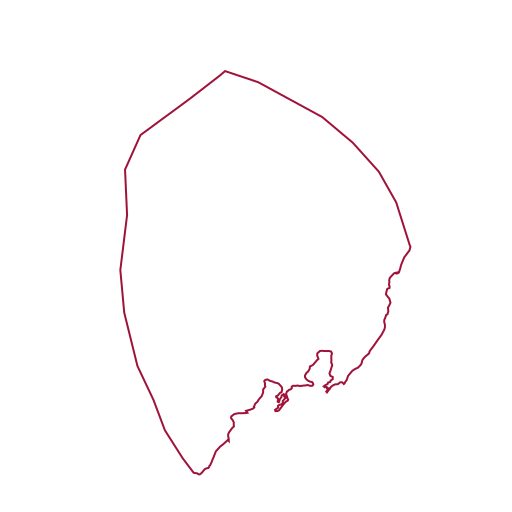 outline of Hurghada 2, Al Bahr al Ahmar, Egypt, rotated 69°
{"feature_id": "37247803B98457599359411", "entity_name": "Hurghada 2", "entity_type": "district", "adm_level": 2, "iso_a3": "EGY", "parent_name": "Egypt", "parent_adm1": "Al Bahr al Ahmar", "projection": "mercator", "projection_center": [33.498, 27.742], "detail": "fine", "context": "isolated", "style": "outline", "palette": "rose", "viewbox_px": 512, "rotation_deg": 69, "n_neighbors": 0, "source": "geoboundaries", "source_scale": "gbopen_adm2", "svg_char_len": 3641}
<svg xmlns="http://www.w3.org/2000/svg" viewBox="0 0 512 512"><g transform="rotate(69 256 256)"><path d="M436.0,391.9L436.9,390.5L437.9,388.7L439.4,387.7L439.7,386.7L439.5,385.7L438.7,383.8L437.6,381.9L436.5,379.9L436.6,377.5L436.7,377.0L436.8,376.6L436.5,375.7L435.2,374.7L434.9,373.7L433.6,372.5L432.7,371.5L429.9,369.0L429.7,368.7L424.0,363.5L421.0,357.6L420.2,354.7L418.0,349.0L417.6,348.2L418.9,347.7L416.4,346.8L415.3,346.8L412.8,346.1L412.2,345.6L411.0,344.4L408.2,340.1L407.2,337.7L406.9,337.7L406.0,337.4L403.1,336.3L400.5,336.7L399.6,337.0L398.4,337.4L396.9,336.6L396.9,336.4L395.8,333.0L396.2,330.1L396.7,328.1L397.5,326.2L399.1,321.4L399.3,320.2L397.0,320.8L397.4,316.4L397.4,313.5L396.8,311.9L395.9,312.0L395.2,311.1L393.7,309.8L392.5,306.8L391.0,304.9L388.8,300.8L386.0,298.3L383.1,297.1L381.3,294.1L380.0,294.0L378.3,293.3L375.7,293.1L375.0,291.7L375.3,289.6L376.3,288.7L377.0,288.2L378.0,287.1L379.3,285.3L380.6,284.2L382.4,281.5L383.3,280.6L386.1,279.5L387.9,278.9L390.2,279.4L392.4,281.1L392.3,282.4L393.1,283.9L394.2,285.8L394.2,287.5L395.3,287.7L395.8,287.2L396.4,286.7L397.4,286.6L399.8,288.0L400.5,287.5L400.5,286.7L398.4,285.3L396.9,282.9L395.4,282.0L394.9,279.6L395.5,279.3L396.5,280.0L397.4,279.9L397.4,279.2L397.7,278.8L399.1,279.0L399.8,280.8L401.0,283.0L402.8,283.6L403.7,285.7L403.3,287.3L403.7,289.1L405.5,289.6L406.5,293.4L407.8,293.4L408.4,291.7L408.4,290.1L407.5,288.5L406.4,286.8L404.0,283.0L402.7,280.4L402.4,278.2L401.6,277.4L400.6,277.6L397.9,277.4L395.6,277.4L393.5,275.6L393.4,274.5L392.8,273.2L392.9,271.3L392.3,270.0L390.9,269.6L390.4,268.2L390.8,266.9L391.5,265.5L391.8,263.6L392.8,262.2L393.7,259.7L393.9,258.3L394.5,256.5L395.0,253.9L396.5,252.2L397.3,250.0L396.6,248.6L395.3,248.4L393.8,248.8L392.7,250.5L390.9,252.2L388.8,253.3L386.6,253.7L385.0,253.0L383.2,250.8L382.5,248.7L380.5,246.3L378.4,245.2L378.3,243.1L378.1,241.9L376.9,239.6L375.1,236.4L374.5,234.6L373.5,234.5L371.3,234.6L371.0,234.6L368.9,233.7L367.6,230.4L368.1,228.5L369.0,226.6L370.0,224.3L370.7,222.2L372.1,220.1L373.9,220.0L374.3,220.0L375.8,221.3L378.1,222.2L380.7,223.1L382.5,224.0L384.5,223.8L385.7,224.2L386.6,225.1L389.7,227.5L391.9,229.5L394.6,229.5L395.6,228.5L396.5,227.7L398.4,228.5L399.1,231.0L400.2,231.9L400.0,234.1L401.1,235.0L401.6,238.3L402.0,239.5L403.1,238.9L402.8,238.2L403.8,236.9L404.9,237.3L405.2,237.2L405.8,237.0L405.3,236.1L405.6,235.5L406.7,236.1L407.3,238.2L407.8,239.0L408.8,238.6L408.0,237.4L407.3,236.4L406.6,234.9L405.1,233.0L404.4,230.7L404.2,228.2L404.4,227.3L404.8,226.3L405.0,225.8L404.8,224.8L404.1,222.9L404.6,221.1L405.4,220.5L407.0,219.9L406.6,218.9L405.8,218.1L404.3,215.8L403.2,214.9L401.0,213.1L399.3,210.1L397.8,207.4L397.2,205.2L396.9,202.9L396.8,200.9L395.5,197.9L394.4,196.2L391.3,194.0L390.4,192.7L389.1,190.2L388.1,187.1L387.3,185.2L385.8,184.2L384.6,182.5L382.7,179.3L378.0,172.4L374.6,167.1L370.9,162.8L369.0,161.3L366.5,160.3L363.3,159.9L361.6,159.1L360.1,157.6L358.2,156.0L357.8,155.8L357.5,154.2L355.1,152.3L351.5,151.3L349.9,149.4L347.8,147.2L343.6,146.8L340.7,147.8L338.3,148.4L335.9,146.9L333.8,145.3L333.7,144.3L333.7,142.8L332.4,142.2L330.6,142.2L329.1,141.4L327.9,140.7L326.7,140.5L324.5,139.1L323.2,136.6L321.6,133.2L321.7,131.9L321.9,130.6L322.6,131.2L322.9,130.7L322.7,128.6L318.8,125.4L317.2,124.4L315.0,122.5L310.4,118.1L307.5,113.5L305.8,110.7L302.7,108.5L300.0,108.6L299.5,108.5L256.2,105.9L221.3,111.1L184.8,125.1L150.0,144.4L94.5,191.7L72.3,218.6L74.6,225.2L85.5,261.5L101.3,319.1L101.7,320.5L128.4,347.3L171.6,361.7L220.5,387.7L261.6,399.3L316.2,406.1L353.5,403.3L386.1,403.5L418.7,396.9L436.0,391.9Z" fill="none" stroke="#9f1239" stroke-width="2"/></g></svg>